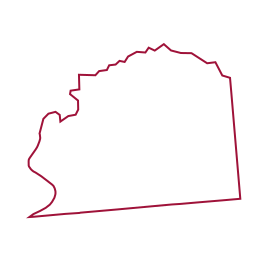 the district of Wilkinson, Mississippi, United States of America, rotated 355°
{"feature_id": "52423323B55662622252090", "entity_name": "Wilkinson", "entity_type": "district", "adm_level": 2, "iso_a3": "USA", "parent_name": "United States of America", "parent_adm1": "Mississippi", "projection": "mercator", "projection_center": [-91.429, 31.186], "detail": "fine", "context": "isolated", "style": "outline", "palette": "rose", "viewbox_px": 256, "rotation_deg": 355, "n_neighbors": 0, "source": "geoboundaries", "source_scale": "gbopen_adm2", "svg_char_len": 1075}
<svg xmlns="http://www.w3.org/2000/svg" viewBox="0 0 256 256"><g transform="rotate(355 128 128)"><path d="M233.7,208.3L234.0,102.4L234.0,86.9L226.5,83.9L220.8,70.1L212.5,70.4L197.8,59.0L187.2,57.9L177.6,54.5L171.0,47.6L161.4,53.2L155.6,49.8L151.9,54.3L143.4,52.9L134.3,56.8L130.4,61.9L125.4,60.4L121.2,63.7L114.7,63.9L112.0,68.4L104.2,68.8L100.1,72.6L83.8,70.7L82.9,85.3L74.1,85.8L73.2,89.2L80.6,96.3L80.0,105.3L77.0,110.2L69.6,110.9L61.2,115.7L61.1,109.0L57.2,105.6L50.0,106.8L44.5,111.5L39.4,125.8L39.6,126.8L39.7,130.2L39.5,131.2L38.6,133.6L36.6,137.7L35.6,139.4L34.0,141.5L27.6,149.1L26.6,150.5L26.3,151.3L26.1,152.6L25.8,156.7L26.0,157.7L27.6,160.5L28.7,161.8L30.1,163.1L32.0,164.3L37.5,168.6L47.4,177.7L48.7,179.2L49.7,181.7L50.2,184.6L50.1,186.6L49.8,188.0L48.6,191.1L45.9,195.0L43.5,197.5L39.0,200.4L33.1,203.0L26.3,205.5L22.0,208.1L26.3,208.2L58.0,208.1L72.2,208.4L73.2,208.2L99.5,208.2L100.3,208.2L110.2,208.2L165.3,208.0L173.3,208.2L173.6,208.2L191.1,208.2L216.1,208.3L226.2,208.3L230.8,208.3L233.7,208.3Z" fill="none" stroke="#9f1239" stroke-width="2"/></g></svg>